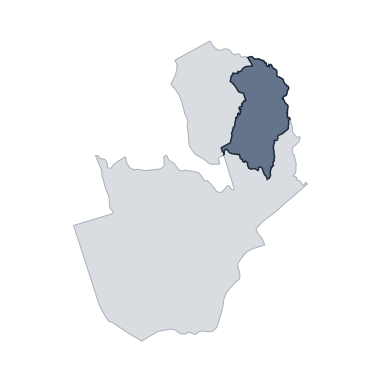 Muchinga highlighted on a map of Zambia, rotated 343°
{"feature_id": "ZMB-5511", "entity_name": "Muchinga", "entity_type": "Province", "adm_level": 1, "iso_a3": "ZMB", "parent_name": "Zambia", "parent_adm1": "", "projection": "equal_earth", "projection_center": [31.586, -11.285], "detail": "fine", "context": "in_parent", "style": "filled", "palette": "slate", "viewbox_px": 384, "rotation_deg": 343, "n_neighbors": 0, "source": "natural_earth", "source_scale": "10m", "svg_char_len": 9424}
<svg xmlns="http://www.w3.org/2000/svg" viewBox="0 0 384 384"><g transform="rotate(343 192 192)"><path d="M246.0,263.9L232.1,264.0L227.1,265.4L222.9,267.7L218.0,271.2L215.1,273.6L214.3,275.0L213.9,277.9L214.0,282.5L213.5,285.8L212.0,288.9L204.5,292.5L199.6,295.5L194.8,299.1L191.2,303.7L188.7,309.3L184.6,316.3L176.1,328.8L171.1,331.1L166.9,330.6L161.8,328.0L157.7,327.5L154.8,329.1L152.0,328.6L149.4,326.0L147.3,325.0L145.6,325.7L143.4,325.6L139.4,324.2L135.9,319.7L134.0,317.9L132.5,317.2L128.4,316.5L118.8,315.4L109.0,317.6L100.3,319.9L91.3,310.0L82.6,299.5L80.7,296.8L77.4,293.3L75.1,291.6L74.2,290.7L71.7,281.3L70.3,272.7L69.0,189.4L108.2,189.4L110.7,189.1L110.8,188.2L109.0,183.7L109.0,182.2L109.5,179.1L111.1,173.1L111.2,171.0L110.4,164.4L110.4,160.8L110.8,153.3L110.5,150.8L111.4,147.4L111.7,145.2L112.0,144.3L111.6,141.7L110.7,132.8L110.2,129.1L112.6,129.7L113.4,131.5L113.8,133.5L114.9,133.6L117.7,134.8L118.7,136.4L119.4,140.0L119.0,141.8L118.1,143.3L119.0,144.6L120.9,145.5L122.0,145.2L125.1,142.8L128.0,141.9L129.5,141.2L136.0,139.6L137.3,138.8L138.2,138.8L138.8,139.5L138.3,142.0L138.1,144.2L138.9,148.5L139.5,150.4L140.9,151.9L141.9,152.6L143.0,154.1L145.2,153.9L150.2,156.0L151.7,157.0L153.8,158.0L155.3,158.4L160.4,159.1L165.9,160.3L168.7,160.4L170.7,160.1L172.0,159.5L172.9,158.8L173.3,158.2L175.3,150.2L176.3,149.6L177.6,149.2L178.4,149.9L179.3,155.0L183.3,159.5L184.6,163.4L185.6,166.6L186.5,167.5L188.0,168.7L190.3,169.1L192.5,169.2L203.0,174.8L204.2,175.8L205.5,178.8L206.3,182.1L207.1,184.8L208.5,185.3L209.7,185.5L210.9,187.3L211.8,188.9L214.9,195.5L215.4,198.1L216.9,199.8L219.0,200.6L220.8,200.7L221.9,199.9L224.6,198.5L226.7,197.0L228.2,196.4L229.1,196.8L229.8,197.8L230.3,201.1L231.8,202.2L232.9,201.8L233.3,200.5L233.3,199.9L233.2,165.5L232.3,165.8L231.0,166.7L228.3,166.8L227.2,167.6L226.8,168.7L227.1,170.1L227.1,172.0L226.7,173.0L225.5,173.3L223.7,172.6L220.5,171.6L217.9,171.0L215.9,168.4L213.3,164.5L211.6,162.6L207.5,158.5L206.8,157.7L205.6,155.8L204.5,152.6L203.4,148.8L202.9,146.5L203.8,142.8L206.2,130.9L206.7,127.1L208.7,123.4L208.9,120.0L208.0,115.6L208.2,113.2L208.5,99.5L207.9,95.2L206.5,90.4L203.6,83.7L203.6,82.3L208.1,77.9L209.5,76.3L211.8,72.8L213.4,69.8L214.5,67.4L214.8,64.2L214.0,61.2L215.6,60.6L253.2,52.9L253.8,55.0L254.9,58.4L256.2,60.9L257.8,63.1L259.2,64.4L260.1,64.8L265.9,64.7L268.0,66.0L269.8,67.7L270.3,70.3L271.5,72.0L272.8,73.3L273.3,73.5L274.3,73.1L275.8,73.1L277.3,73.7L277.9,74.2L278.0,76.4L278.4,77.4L280.4,77.8L282.4,78.0L284.3,79.5L286.4,79.7L288.8,80.3L290.0,81.9L292.5,83.6L295.7,85.1L299.1,87.5L299.2,88.2L299.8,89.7L300.4,90.7L300.4,92.2L300.7,93.6L301.6,94.0L302.3,94.1L303.0,93.0L303.9,93.1L304.9,93.7L305.3,95.3L306.1,97.5L307.3,99.0L308.2,100.4L307.9,103.0L307.3,105.4L309.1,107.8L311.3,110.0L311.9,111.0L312.1,114.3L312.4,115.5L314.0,118.2L314.7,120.1L314.6,121.1L310.5,126.6L308.0,127.4L306.9,128.6L306.2,129.7L307.9,135.2L308.7,137.2L308.0,139.8L306.4,144.2L305.6,144.6L305.5,147.9L306.0,149.1L306.8,150.1L307.1,152.3L307.0,157.9L306.0,164.3L307.8,169.8L308.4,170.4L311.0,170.5L311.4,171.0L310.8,172.5L309.0,175.0L305.8,176.9L301.1,179.0L300.1,181.0L299.5,183.9L300.0,185.6L300.6,186.6L300.4,189.1L300.0,191.8L300.1,193.9L299.9,195.8L299.3,196.7L298.5,199.5L297.5,202.3L296.7,203.6L295.5,205.0L293.7,206.1L293.7,206.7L295.8,208.0L296.3,208.9L296.5,209.5L295.6,210.9L296.6,211.8L297.8,212.5L298.9,214.4L300.2,217.9L300.4,218.3L300.8,218.3L301.4,217.9L302.7,216.5L303.7,216.0L304.8,218.0L285.3,226.8L280.7,228.6L273.9,231.6L271.7,232.8L269.9,233.9L251.8,240.7L249.0,242.1L242.6,245.6L242.4,246.1L242.4,247.7L243.0,251.0L244.1,254.0L245.1,255.7L245.7,260.1L246.0,263.9Z" fill="#d9dde1" stroke="#a8b0b8" stroke-width="1"/><path d="M299.1,87.5L299.2,89.2L299.3,89.5L299.5,89.8L299.7,89.6L300.0,89.6L300.4,90.1L300.6,90.2L300.6,91.0L300.3,93.0L300.5,93.8L300.8,93.9L301.3,93.5L301.5,93.5L301.8,93.6L301.9,94.2L302.0,94.5L302.5,94.7L302.7,94.2L302.7,93.4L302.9,92.6L303.4,93.0L304.5,93.0L304.9,93.4L305.2,94.1L305.3,94.5L305.3,95.0L305.3,95.3L305.1,95.8L305.2,96.2L305.4,96.6L305.9,97.0L306.1,97.3L306.4,98.1L306.6,98.5L306.9,98.8L307.1,98.9L307.9,99.3L308.0,99.6L308.4,100.7L308.5,101.5L308.3,102.1L307.7,103.4L307.3,104.7L307.2,105.4L307.2,106.2L307.5,106.7L309.2,107.7L310.4,109.1L310.9,109.4L311.3,110.1L311.7,110.5L312.0,110.9L312.1,111.8L311.9,113.4L312.0,114.1L312.6,115.8L312.7,116.2L313.5,117.1L313.9,118.4L314.2,118.9L314.8,119.0L314.8,119.7L314.9,120.2L315.0,120.7L314.6,121.4L314.3,121.8L313.5,122.6L313.2,122.8L312.9,123.0L311.9,124.6L311.5,125.7L311.3,126.2L310.9,126.6L310.5,126.6L310.2,127.1L309.9,127.3L309.6,127.3L308.9,127.1L307.5,127.6L307.2,127.9L306.8,128.7L306.5,128.9L306.2,128.9L305.8,128.9L305.6,129.4L305.6,129.8L305.8,130.0L306.3,129.9L306.6,130.3L306.8,131.2L306.9,132.9L307.1,133.7L307.4,134.5L307.8,135.2L308.3,135.9L309.0,137.4L308.8,138.3L308.5,139.1L307.0,142.1L307.0,142.3L307.0,142.6L307.0,142.8L306.9,142.9L306.6,143.1L306.4,143.6L306.5,144.4L306.3,144.8L305.8,144.2L305.6,144.6L305.6,147.0L305.6,147.3L305.5,147.9L305.2,148.7L305.2,149.0L305.6,149.1L306.3,149.1L306.7,149.2L306.9,149.6L307.1,150.0L307.1,151.0L306.1,151.4L305.2,151.9L304.8,152.7L304.8,154.0L303.4,157.1L302.5,159.7L299.7,160.9L294.9,162.8L292.3,163.0L291.0,163.0L290.1,164.2L289.8,165.9L288.7,167.3L287.5,167.3L285.7,166.8L285.7,167.4L285.4,168.6L285.1,169.2L285.0,169.5L284.0,170.5L283.7,170.9L283.4,171.8L283.3,172.1L282.9,172.5L282.8,173.3L282.6,173.7L282.5,173.9L282.5,175.1L282.1,177.9L281.9,178.2L281.8,178.9L281.6,179.4L281.5,179.6L281.5,180.6L281.4,181.9L281.3,182.2L281.1,182.7L281.0,183.3L280.7,183.5L280.3,184.1L280.0,185.4L279.9,185.9L279.8,186.2L279.3,186.4L278.7,186.6L278.6,186.9L278.2,187.4L277.9,187.4L277.8,187.6L277.8,188.1L277.7,188.6L277.6,189.1L277.7,189.7L277.8,190.3L277.2,190.6L276.9,190.5L276.8,190.9L276.6,191.0L276.2,191.1L275.8,191.5L275.6,191.8L275.1,192.1L274.8,192.4L274.6,192.0L274.4,192.7L273.8,193.5L273.6,194.3L273.5,194.6L273.3,194.7L272.9,194.8L272.8,195.1L272.4,196.7L272.2,197.8L272.0,198.9L271.5,199.8L269.8,201.4L269.5,201.6L269.1,201.6L268.3,201.3L267.8,201.5L267.6,201.7L267.6,199.4L267.5,198.6L267.3,198.1L266.8,197.4L266.4,196.4L266.3,195.9L265.9,189.7L265.9,189.3L265.7,188.9L265.4,188.5L264.5,188.0L264.3,187.9L263.2,187.9L262.6,188.3L262.5,188.5L262.4,189.4L262.1,190.0L262.0,190.4L261.7,190.6L261.1,190.6L260.9,190.3L259.3,188.3L259.0,188.0L258.5,188.0L257.9,187.7L257.5,187.7L256.6,187.4L255.8,187.6L255.4,187.5L254.6,187.0L253.3,185.8L253.2,185.6L253.1,185.4L253.2,184.5L252.9,182.6L253.2,181.6L253.6,181.0L253.6,180.7L253.7,180.3L253.6,180.0L253.4,179.8L253.0,179.5L252.6,179.1L252.5,178.8L252.2,178.0L252.0,177.8L251.8,177.8L251.5,178.3L251.4,178.5L250.9,178.8L250.7,178.7L250.4,178.5L249.8,177.9L249.4,177.4L249.4,176.9L249.6,176.1L249.6,175.9L249.5,175.5L249.3,175.2L248.6,174.7L248.3,174.5L248.1,174.2L248.0,173.9L248.0,173.1L248.2,172.4L248.3,172.0L248.3,170.8L248.3,170.3L248.2,170.0L248.1,169.9L247.9,169.8L247.7,169.7L247.1,169.9L246.8,169.7L246.7,169.6L246.4,169.1L246.2,168.9L245.8,168.8L245.5,168.9L245.1,168.8L244.8,168.6L244.5,168.4L244.0,168.4L243.5,168.0L242.9,167.9L241.8,167.2L241.4,167.1L240.9,166.8L240.8,166.7L240.6,166.2L240.1,165.9L239.8,165.7L239.5,165.4L239.2,165.1L238.7,164.1L238.5,163.0L238.1,162.1L237.8,161.5L237.5,161.1L236.9,161.2L236.4,161.3L234.6,162.4L234.5,162.6L234.4,162.9L234.3,164.3L234.1,164.9L234.0,165.3L233.8,165.5L233.3,165.6L233.5,165.2L233.7,164.9L233.6,164.6L233.7,163.9L233.7,163.5L233.5,163.2L233.1,162.6L232.9,162.2L232.8,161.7L232.9,160.4L232.8,159.5L232.7,159.0L232.9,158.6L233.1,158.2L242.7,156.2L243.0,156.0L243.3,155.6L246.9,149.5L246.9,149.3L246.8,149.1L246.8,148.8L246.8,148.4L247.0,147.7L247.0,147.2L247.7,146.7L248.5,145.8L248.7,145.3L248.9,144.6L249.0,144.1L249.4,143.9L249.7,143.8L249.9,143.7L250.0,143.5L250.2,142.7L250.3,142.4L250.5,142.1L251.4,142.1L251.5,142.0L251.8,141.7L252.4,141.0L252.5,140.7L252.7,140.0L253.1,138.8L254.8,135.9L255.2,135.0L255.4,134.4L255.6,134.1L255.8,134.0L256.0,134.4L256.3,134.4L256.4,134.2L256.0,133.6L256.3,133.6L256.8,133.3L257.7,132.9L257.9,132.7L258.1,132.1L258.3,131.2L258.6,130.5L259.0,130.5L258.8,130.8L259.0,131.1L259.3,131.3L259.7,131.2L259.7,130.5L259.8,130.2L260.0,130.5L260.1,130.8L260.2,131.1L260.1,131.4L259.9,131.7L260.3,131.7L260.7,131.5L261.6,130.4L261.7,130.0L261.9,129.7L262.1,129.2L261.6,128.4L261.6,128.1L261.6,127.8L261.7,127.6L262.5,127.6L262.9,127.4L262.8,126.8L262.6,126.6L262.4,126.6L262.1,126.8L261.9,126.7L261.6,126.2L261.3,125.8L261.3,125.7L262.2,124.7L262.5,124.6L262.9,124.5L263.7,124.6L264.1,124.8L264.4,125.0L264.5,124.8L264.9,124.5L265.1,124.3L265.1,123.9L265.1,122.8L265.1,122.6L265.3,122.5L265.6,122.5L265.7,122.4L265.5,122.0L265.6,121.7L265.8,121.6L266.4,121.6L266.8,121.4L267.5,120.9L267.8,120.8L267.9,120.7L268.1,120.1L268.3,120.0L268.5,120.0L268.8,120.6L270.2,120.2L270.1,113.1L269.4,112.2L267.3,111.0L265.7,109.5L265.0,106.2L264.1,103.1L262.5,99.5L260.9,97.4L262.3,95.0L262.9,93.3L263.9,92.6L265.2,91.2L266.2,90.2L267.7,91.4L269.3,91.3L270.7,92.1L271.2,90.2L272.8,91.0L274.4,90.7L275.8,89.5L277.6,88.3L280.1,87.9L282.2,88.1L284.3,88.8L286.6,89.0L286.4,86.2L285.4,83.1L284.6,79.7L285.0,79.8L287.8,79.7L288.6,80.0L289.4,80.7L289.6,81.1L290.0,82.4L290.3,83.0L290.6,83.2L291.4,83.3L293.2,83.9L294.7,84.0L295.0,84.2L295.3,84.6L295.4,84.9L295.4,85.3L295.6,85.5L296.1,85.5L297.2,86.4L298.8,87.2L299.1,87.5Z" fill="#64748b" stroke="#1e293b" stroke-width="1.5"/></g></svg>